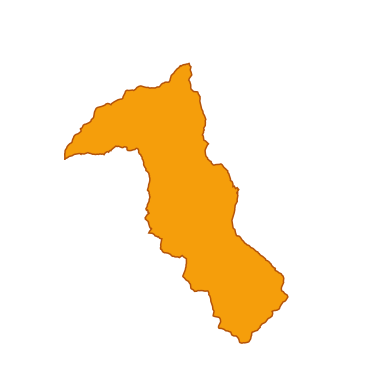 Borca, Suceava, Romania, rotated 296°
{"feature_id": "2599482B12021264945319", "entity_name": "Borca", "entity_type": "district", "adm_level": 2, "iso_a3": "ROU", "parent_name": "Romania", "parent_adm1": "Suceava", "projection": "natural_earth1", "projection_center": [25.789, 47.198], "detail": "fine", "context": "isolated", "style": "filled", "palette": "amber", "viewbox_px": 384, "rotation_deg": 296, "n_neighbors": 0, "source": "geoboundaries", "source_scale": "gbopen_adm2", "svg_char_len": 6020}
<svg xmlns="http://www.w3.org/2000/svg" viewBox="0 0 384 384"><g transform="rotate(296 192 192)"><path d="M139.7,324.2L141.1,322.7L141.4,319.7L142.4,317.9L142.5,316.0L142.8,315.6L144.4,314.6L145.8,314.2L150.9,314.0L151.8,313.3L154.7,312.3L156.4,310.6L156.7,309.4L157.5,308.2L157.6,307.7L157.5,305.2L158.0,303.9L158.0,301.4L158.5,300.6L159.4,300.7L160.0,300.0L159.8,298.6L160.6,296.7L160.6,296.1L162.0,294.5L162.1,293.6L162.8,292.5L163.3,290.0L163.1,288.3L164.1,287.3L165.1,283.6L165.1,282.1L165.5,280.3L166.1,279.5L166.0,278.8L166.9,277.5L166.8,275.6L168.0,271.8L168.0,270.1L167.8,269.6L168.9,266.7L168.6,264.6L169.2,262.8L169.2,261.8L170.4,259.7L170.6,258.5L171.9,256.2L172.3,255.7L172.9,254.2L172.9,253.2L172.4,252.4L172.5,251.9L172.3,251.4L172.5,250.9L174.3,249.1L177.1,246.9L177.3,245.7L177.8,244.6L184.0,240.3L192.0,239.0L194.9,238.2L196.0,237.6L196.9,237.4L198.9,236.6L203.4,236.8L204.9,235.9L209.1,234.7L209.4,234.2L211.1,233.5L210.6,232.9L210.9,232.6L214.7,232.9L214.8,232.5L214.3,232.5L214.5,232.1L214.9,232.3L215.7,230.7L214.2,229.6L215.8,227.4L214.8,226.5L217.0,225.4L218.3,224.2L219.0,223.3L219.2,221.5L220.4,221.0L224.7,216.9L225.2,215.6L226.7,214.8L227.0,213.3L227.4,212.5L228.1,209.9L229.7,207.1L229.9,205.7L228.9,204.6L227.1,201.4L225.9,200.1L225.6,199.4L226.5,196.7L227.4,196.2L227.8,195.4L227.7,194.1L228.1,193.3L228.4,191.7L229.4,191.1L230.2,189.0L231.8,187.6L234.9,185.6L236.6,185.3L240.9,185.2L242.5,185.7L243.8,181.8L243.8,179.9L246.8,177.9L247.6,177.1L247.8,176.3L250.8,176.2L251.8,175.6L253.1,175.8L253.8,174.9L254.8,174.5L257.5,174.8L260.7,173.4L261.7,172.7L263.3,172.6L266.2,169.6L267.5,167.6L269.4,166.3L270.7,164.4L277.2,159.1L279.1,158.5L281.4,157.3L281.5,156.7L282.2,156.0L282.6,155.0L284.3,153.4L284.3,152.7L283.0,149.4L284.1,146.0L285.2,145.1L286.8,144.4L288.1,143.6L290.3,141.5L291.1,140.0L293.1,139.8L297.1,140.5L299.5,138.5L299.8,137.9L301.2,136.8L304.1,136.2L304.7,134.3L305.8,133.6L306.3,133.0L304.9,131.7L304.4,130.7L303.4,130.0L303.3,129.4L302.6,128.5L301.7,127.7L300.2,126.9L300.5,126.4L300.0,126.0L297.9,125.7L296.3,124.7L292.6,123.7L291.1,123.6L287.7,122.3L283.6,123.0L282.8,123.4L280.6,123.0L280.1,122.3L279.6,121.0L278.9,119.7L277.7,119.0L276.7,117.9L275.5,117.3L272.5,116.7L271.9,116.2L271.1,114.6L269.5,113.5L269.2,113.0L267.6,109.5L266.8,108.5L266.8,106.7L266.0,105.3L265.6,103.7L264.9,99.5L263.7,98.0L261.8,96.7L259.6,96.2L257.7,95.1L257.6,93.9L255.5,90.7L255.0,89.0L254.0,88.3L253.2,88.1L251.6,88.4L247.5,88.3L245.9,88.7L244.6,88.0L244.1,87.0L242.5,85.1L239.0,82.6L236.2,81.0L234.9,80.9L235.0,79.3L234.7,77.5L233.4,76.1L232.3,75.8L231.3,75.1L229.5,73.5L226.6,70.1L225.7,69.5L225.0,69.2L221.2,69.3L216.2,70.8L214.7,70.6L213.0,69.8L211.5,70.1L209.6,69.4L206.6,67.0L205.6,65.7L204.3,65.0L201.8,65.1L200.5,64.7L200.3,64.1L199.8,64.0L198.7,65.3L197.8,65.7L194.8,64.3L194.0,63.7L193.0,62.6L191.4,61.7L190.0,61.5L189.3,61.7L186.8,61.7L184.4,62.3L183.3,62.0L181.8,61.0L179.9,60.3L178.1,59.9L176.2,60.1L174.7,59.8L173.2,59.9L172.2,60.5L170.5,60.9L167.3,62.6L165.7,63.3L165.8,63.5L166.7,63.7L168.2,65.0L170.1,66.0L172.1,68.4L173.8,69.4L174.4,70.0L177.1,73.7L177.6,75.0L177.2,75.4L177.2,75.8L177.9,75.8L178.9,78.4L181.8,81.2L181.8,82.6L182.2,83.9L182.4,86.2L183.0,87.3L183.3,88.7L184.4,90.2L184.9,91.7L185.9,92.5L186.2,93.9L187.1,95.3L187.0,96.6L188.6,96.7L190.6,97.7L191.3,98.6L191.2,99.6L192.9,99.8L193.4,100.2L193.5,101.0L194.3,101.0L196.4,101.8L199.9,103.5L200.0,104.8L200.7,105.4L200.9,105.9L201.2,109.5L201.5,110.3L202.1,110.8L202.9,111.2L203.6,113.2L203.5,114.0L201.5,115.1L201.5,115.6L201.2,116.2L202.0,118.2L203.0,119.6L203.8,120.2L205.2,122.1L206.4,122.5L207.1,123.3L206.9,124.9L206.0,125.8L204.2,126.7L203.4,128.0L203.2,128.1L203.2,129.4L202.3,130.2L201.4,131.9L199.9,132.7L199.3,133.9L197.3,135.7L195.8,136.3L194.9,137.0L193.6,138.8L192.7,140.5L191.4,140.9L191.0,141.5L190.9,142.8L189.8,145.1L188.5,145.9L188.0,146.6L187.1,146.9L186.0,148.0L184.0,149.0L181.7,149.6L179.8,149.8L177.5,150.6L174.2,151.1L173.8,151.7L174.1,152.2L172.7,153.8L171.8,154.0L171.1,154.9L169.7,155.7L169.2,156.4L166.2,156.9L164.9,157.5L160.7,157.5L159.7,158.1L156.8,157.9L155.9,158.7L155.7,159.4L156.2,159.8L155.8,160.1L156.0,160.3L154.7,161.6L154.4,161.4L154.2,161.6L154.0,161.8L154.3,162.4L154.0,162.7L151.9,161.7L148.1,161.2L147.5,162.2L147.2,162.1L146.3,165.5L145.8,166.2L145.5,166.1L142.0,169.3L141.2,170.6L141.1,170.9L141.5,171.4L141.2,171.8L138.1,171.1L136.2,171.1L137.5,174.4L137.2,176.7L136.4,178.0L136.7,180.0L136.5,180.7L137.1,181.3L136.3,183.2L136.4,184.7L136.7,185.4L130.7,187.0L129.0,188.1L128.1,188.1L127.1,188.7L126.9,188.9L127.1,189.9L126.2,190.7L125.3,192.5L125.4,194.1L126.0,195.2L126.0,195.6L126.5,197.2L126.5,200.1L125.8,201.4L125.7,202.8L126.3,204.1L126.2,205.2L127.5,207.8L127.5,209.4L130.6,211.0L129.9,213.3L129.6,216.2L125.2,218.4L124.5,218.4L121.8,219.5L121.0,219.5L119.1,220.1L112.5,220.6L112.0,220.9L111.6,222.0L111.6,222.5L110.3,225.3L110.1,228.2L109.3,229.1L108.3,231.1L105.1,233.1L104.7,233.9L104.6,236.2L103.8,237.8L104.8,239.6L106.0,240.5L106.7,242.2L107.4,243.3L108.3,245.6L108.2,246.0L108.8,247.6L109.9,249.3L109.9,250.0L108.4,251.6L107.1,252.1L106.3,253.7L104.2,255.6L102.0,256.9L98.4,260.5L95.6,262.3L94.9,263.7L94.4,264.1L90.1,265.2L89.9,265.4L90.1,267.1L90.9,270.0L91.1,271.6L90.7,272.5L89.9,273.4L87.8,274.7L83.2,274.7L82.0,275.1L81.5,275.7L81.4,276.2L82.3,278.4L82.6,281.0L82.1,283.1L82.8,285.3L82.8,286.8L83.1,288.0L83.0,288.3L81.2,290.2L80.9,290.9L81.0,292.7L81.9,294.7L81.8,295.6L80.8,297.8L79.8,299.0L78.0,300.5L77.7,301.3L78.0,303.1L79.2,304.5L79.5,305.5L81.0,307.5L82.1,308.6L82.6,308.8L85.7,309.1L88.2,308.4L89.3,308.4L91.1,307.6L92.5,307.6L93.3,308.6L94.5,309.5L96.4,311.5L98.2,311.8L100.2,312.6L100.5,312.3L101.3,312.1L104.2,312.8L106.4,314.6L107.7,315.2L111.3,315.8L112.2,316.3L113.1,317.1L115.1,318.1L115.6,318.3L117.8,317.9L118.7,317.5L119.8,316.3L121.5,317.8L122.0,318.8L123.3,320.4L124.8,321.4L125.4,321.7L127.4,321.4L130.0,321.6L133.2,322.1L134.4,323.3L135.7,323.8L139.7,324.2Z" fill="#f59e0b" stroke="#b45309" stroke-width="1.5"/></g></svg>